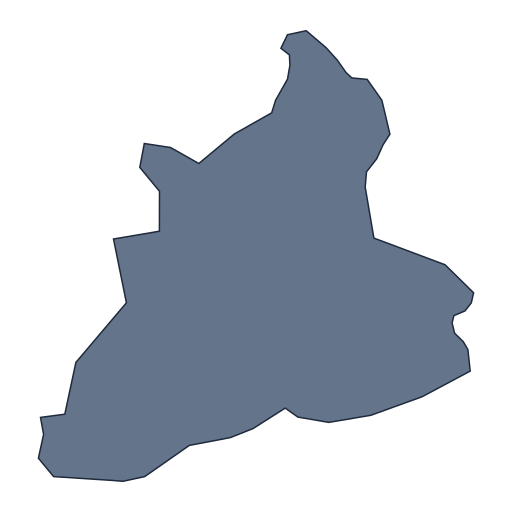 Plavinu, orthographic projection
{"feature_id": "LVA-5728", "entity_name": "Plavinu", "entity_type": "Municipality", "adm_level": 1, "iso_a3": "LVA", "parent_name": "Latvia", "parent_adm1": "", "projection": "orthographic", "projection_center": [25.741, 56.702], "detail": "fine", "context": "isolated", "style": "filled", "palette": "slate", "viewbox_px": 512, "rotation_deg": 0, "n_neighbors": 0, "source": "natural_earth", "source_scale": "10m", "svg_char_len": 798}
<svg xmlns="http://www.w3.org/2000/svg" viewBox="0 0 512 512"><path d="M306.2,30.7L326.1,47.7L337.2,60.0L346.1,72.6L351.8,77.9L367.2,79.4L381.9,100.3L389.9,134.2L383.1,144.7L376.7,158.8L366.5,171.8L365.2,187.1L373.9,238.1L445.1,264.8L473.6,292.8L471.3,302.9L465.0,310.9L453.9,315.6L452.1,322.9L454.6,333.2L463.3,341.7L467.9,349.6L470.2,371.1L422.2,396.7L370.8,415.3L328.8,422.4L297.9,417.1L285.2,408.1L253.0,428.6L230.3,437.6L189.3,445.4L144.7,476.6L122.9,481.3L113.4,480.5L53.6,476.6L38.4,458.2L43.6,434.4L40.5,417.4L64.8,414.2L75.9,362.4L126.4,302.8L113.5,239.0L159.4,231.2L159.5,191.3L139.8,167.4L144.3,143.5L170.5,147.5L198.8,163.5L234.4,133.9L271.7,112.8L275.6,100.2L287.5,79.1L289.9,65.4L289.4,54.9L280.9,48.3L287.5,34.7L306.2,30.7Z" fill="#64748b" stroke="#1e293b" stroke-width="1.5"/></svg>